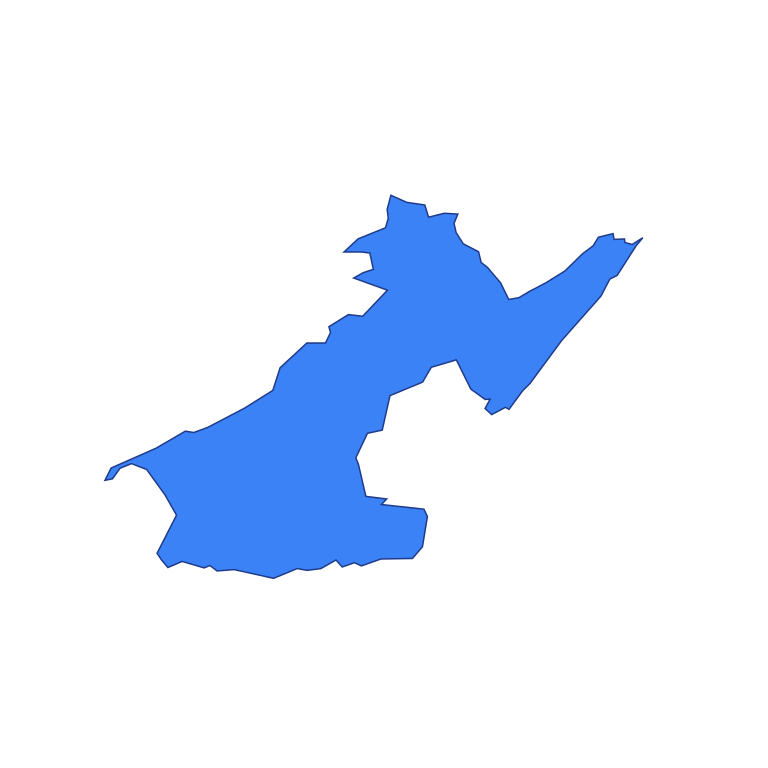 Say, Tillabéri, Niger, rotated 248°
{"feature_id": "23599985B83200163093073", "entity_name": "Say", "entity_type": "district", "adm_level": 2, "iso_a3": "NER", "parent_name": "Niger", "parent_adm1": "Tillabéri", "projection": "equal_earth", "projection_center": [2.303, 12.594], "detail": "fine", "context": "isolated", "style": "filled", "palette": "blue", "viewbox_px": 768, "rotation_deg": 248, "n_neighbors": 0, "source": "geoboundaries", "source_scale": "gbopen_adm2", "svg_char_len": 1452}
<svg xmlns="http://www.w3.org/2000/svg" viewBox="0 0 768 768"><g transform="rotate(248 384 384)"><path d="M244.9,374.6L253.0,374.1L273.2,336.5L276.4,343.4L286.6,325.1L319.1,330.2L326.1,330.2L344.5,350.2L341.9,365.1L371.0,385.2L371.3,420.5L381.8,434.1L379.3,460.1L346.7,462.6L331.8,472.0L330.2,476.7L323.4,468.5L315.3,472.4L316.9,487.8L313.7,490.4L325.7,509.9L329.9,519.7L357.7,564.9L384.3,618.2L396.7,632.7L397.3,640.8L417.6,669.4L422.7,678.8L420.4,666.4L424.9,660.4L428.4,661.3L431.9,651.5L437.6,652.7L439.8,637.8L433.8,629.7L430.3,616.7L421.0,594.0L417.1,571.4L415.4,553.8L413.5,541.4L415.7,531.3L434.1,530.0L453.3,523.6L460.3,519.6L471.2,521.2L484.3,510.0L497.4,507.6L506.7,509.1L513.9,516.1L519.7,503.9L522.0,487.8L534.7,488.9L543.9,473.1L556.4,461.1L544.7,452.3L536.2,450.1L528.3,443.9L528.3,414.4L521.4,396.4L515.1,411.9L510.8,419.9L494.3,417.1L495.0,406.2L493.6,395.6L483.5,406.9L469.7,422.3L454.8,389.6L461.7,377.0L457.8,354.4L451.8,353.7L443.9,345.1L450.9,327.8L438.0,293.8L419.7,278.5L413.8,245.2L409.8,204.1L410.3,189.4L414.7,182.1L409.9,148.9L408.3,99.5L399.2,89.2L397.8,96.8L404.8,107.7L404.8,120.0L393.7,131.9L363.3,139.4L340.1,142.5L312.1,110.2L304.2,111.8L294.8,114.9L295.1,130.4L280.9,148.3L280.9,154.6L273.2,159.2L268.0,175.6L245.2,208.8L245.4,234.3L240.0,243.0L236.5,256.2L238.8,273.6L230.0,276.7L229.4,289.7L223.8,294.9L222.9,315.6L211.6,345.0L218.7,358.7L244.9,374.6Z" fill="#3b82f6" stroke="#1e3a8a" stroke-width="1.5"/></g></svg>